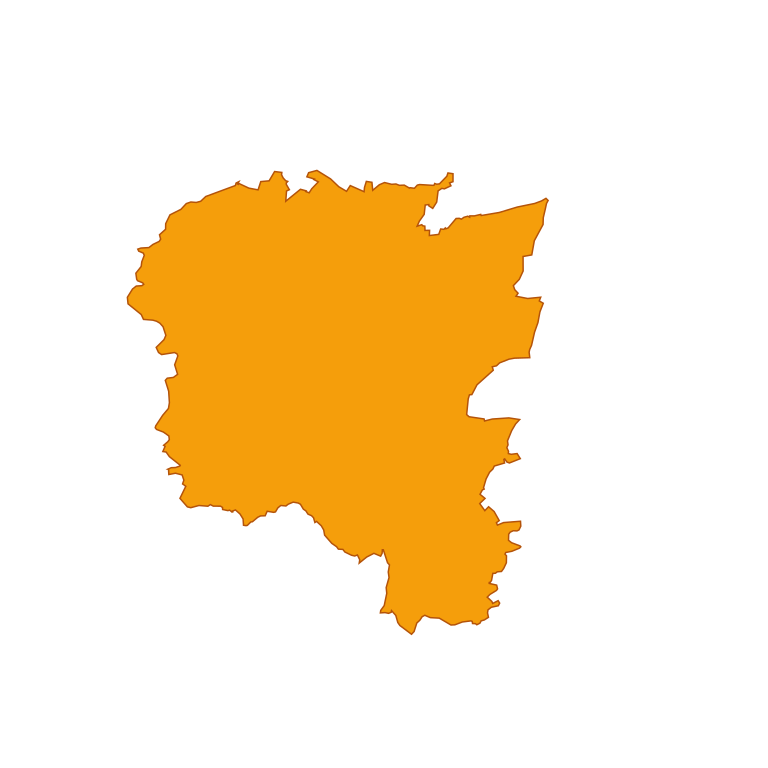 outline of Naas Lea-7, Kildare, Ireland, rotated 330°
{"feature_id": "5873133B14255448334282", "entity_name": "Naas Lea-7", "entity_type": "district", "adm_level": 2, "iso_a3": "IRL", "parent_name": "Ireland", "parent_adm1": "Kildare", "projection": "robinson", "projection_center": [-6.602, 53.206], "detail": "fine", "context": "isolated", "style": "filled", "palette": "amber", "viewbox_px": 768, "rotation_deg": 330, "n_neighbors": 0, "source": "geoboundaries", "source_scale": "gbopen_adm2", "svg_char_len": 4863}
<svg xmlns="http://www.w3.org/2000/svg" viewBox="0 0 768 768"><g transform="rotate(330 384 384)"><path d="M176.8,300.4L165.4,306.1L164.0,307.5L164.3,309.6L168.9,315.3L171.7,321.4L170.3,324.8L167.9,325.9L162.5,326.9L163.3,328.5L158.7,331.9L161.3,334.0L161.8,339.6L166.9,352.5L166.1,353.0L161.7,352.1L157.9,350.1L154.2,349.7L154.7,350.2L152.4,354.8L158.8,357.0L163.7,361.8L162.6,367.2L159.6,369.8L161.2,373.5L150.1,381.0L152.3,392.1L154.8,394.5L163.0,396.7L170.4,401.8L173.3,401.6L175.1,404.4L181.4,408.1L182.4,410.2L181.5,412.0L185.5,415.6L187.3,416.1L188.3,418.9L189.2,419.1L189.4,418.3L192.4,418.8L194.3,424.6L194.5,430.4L191.7,436.1L193.7,437.7L195.0,438.1L199.7,436.9L201.2,437.5L208.0,436.3L211.1,436.5L215.2,438.7L219.2,435.8L224.3,440.0L226.1,440.5L230.1,438.2L233.9,437.6L238.1,440.6L241.0,440.2L246.3,440.9L250.2,444.2L251.5,446.4L251.6,452.1L252.9,454.8L253.1,458.7L255.4,461.8L256.1,464.6L254.9,469.4L256.9,469.3L258.8,475.4L258.8,480.3L257.0,485.2L259.1,495.9L261.6,501.2L261.9,504.2L265.7,506.7L266.1,509.9L270.2,516.0L272.6,518.3L275.5,518.8L275.1,524.1L273.0,526.7L282.5,525.2L290.6,525.6L295.0,531.4L297.7,529.7L299.7,526.7L300.5,527.2L297.7,540.6L298.3,543.4L293.7,548.9L291.6,554.1L284.1,561.4L281.7,566.7L273.4,576.0L268.0,578.4L266.4,580.4L270.6,582.5L273.3,584.9L276.1,585.3L277.2,584.0L278.5,590.3L276.7,597.5L277.0,601.1L282.7,614.5L286.3,613.4L292.9,607.4L296.9,606.5L300.7,604.6L303.7,604.7L307.3,609.5L314.8,614.4L321.5,626.2L325.0,628.0L332.9,629.3L340.8,632.6L341.7,633.7L340.9,635.7L343.4,637.3L344.0,638.9L347.5,639.1L349.7,637.7L352.9,638.5L357.8,638.3L359.2,634.0L361.1,631.6L365.3,631.0L372.1,633.2L374.6,631.6L374.5,628.7L368.4,628.4L368.7,626.3L366.8,620.2L370.6,619.2L378.2,619.0L379.9,618.2L381.0,614.5L375.4,609.3L375.9,608.5L377.0,608.8L378.9,607.9L383.6,602.4L385.8,603.6L388.2,603.3L392.0,605.1L395.4,603.6L400.6,600.0L404.2,594.0L403.7,591.8L405.2,590.8L411.1,592.8L419.3,593.9L421.1,593.4L420.9,592.3L415.1,585.2L413.7,581.6L416.9,576.4L419.2,575.4L422.6,575.7L425.7,577.7L427.9,577.9L431.4,575.5L433.6,571.1L418.3,563.8L411.7,562.9L412.0,560.3L415.5,559.9L415.6,549.5L413.2,542.6L408.0,544.1L407.1,535.4L414.3,533.6L412.0,527.5L416.3,524.9L418.2,525.1L418.4,523.5L424.9,517.3L431.3,513.2L435.7,512.1L438.5,510.2L448.9,512.7L450.1,509.2L451.1,509.2L451.4,513.0L453.1,515.1L464.7,516.8L464.5,510.8L459.0,508.5L456.9,506.4L458.2,504.5L458.5,500.6L461.0,498.7L462.5,495.0L471.3,488.2L478.0,484.4L483.7,482.6L475.2,475.8L460.3,468.5L452.6,466.3L453.2,464.3L441.3,454.9L440.3,451.8L449.5,439.0L452.6,436.1L454.8,437.1L464.1,431.2L485.5,426.7L486.4,423.2L490.5,424.5L494.7,423.5L504.7,425.0L510.0,426.9L523.4,434.1L525.6,429.0L527.5,426.9L531.1,424.3L540.3,414.4L548.0,407.8L555.1,399.5L562.3,393.7L560.0,389.7L563.1,387.2L551.2,381.8L542.2,374.0L545.5,372.4L544.4,367.7L545.2,363.5L553.5,361.0L561.0,355.7L568.2,343.1L576.5,346.1L585.8,335.1L601.5,325.4L605.1,319.6L611.2,313.1L615.0,308.9L617.9,307.1L617.1,304.2L611.9,304.2L604.8,303.0L587.9,297.4L569.6,293.1L552.4,286.7L552.6,285.5L546.3,283.6L542.4,281.3L541.6,282.4L540.5,280.6L536.6,279.6L533.4,279.9L532.1,278.2L529.2,276.7L517.6,280.9L515.1,280.5L515.1,279.5L513.2,280.0L510.6,278.1L506.2,281.8L497.5,278.1L500.3,273.7L496.3,271.5L498.3,267.7L496.6,266.3L496.4,264.9L491.6,263.9L496.1,260.6L503.6,257.2L509.2,249.6L512.5,251.0L511.9,252.1L514.0,256.3L520.6,252.8L527.4,243.8L531.9,243.5L533.9,245.2L541.1,245.8L541.3,242.6L544.9,243.3L548.9,236.4L544.9,233.2L542.3,235.5L532.1,238.4L529.5,237.3L528.2,235.7L526.6,236.9L525.5,236.3L514.6,229.1L512.3,228.4L508.2,229.7L504.7,227.0L504.0,227.1L501.0,221.9L496.6,219.6L494.4,216.8L490.5,214.9L485.2,209.8L479.6,209.1L471.1,210.6L474.4,203.3L470.0,199.7L465.4,204.0L462.9,207.5L454.0,195.3L447.9,198.4L443.5,190.6L440.3,179.7L432.7,165.5L424.4,163.3L420.8,166.0L426.2,171.7L425.5,171.9L428.2,176.1L419.0,178.8L414.8,181.0L412.5,178.2L413.2,177.8L409.0,173.6L390.3,176.6L396.1,168.1L399.2,168.4L399.2,162.3L399.8,161.1L401.9,160.4L400.5,158.8L399.7,155.1L399.9,151.6L401.3,149.7L395.5,145.3L386.1,150.6L378.5,147.1L372.0,152.9L364.9,146.8L358.6,137.8L357.6,138.3L357.2,137.6L359.5,136.2L356.4,136.0L354.5,137.8L323.4,132.5L316.6,134.1L312.2,132.9L307.7,129.8L303.0,128.9L295.5,131.2L283.2,130.5L275.1,136.0L272.2,140.8L264.2,142.5L263.0,146.9L260.6,148.1L253.7,147.6L248.6,148.3L241.4,144.7L238.2,144.1L238.0,146.3L241.0,150.3L240.7,152.7L235.3,157.1L232.5,160.8L224.5,164.0L222.2,169.6L222.2,171.3L225.6,175.7L225.8,177.5L223.5,177.8L218.4,175.3L213.7,176.0L205.1,180.6L202.4,186.6L208.5,202.5L208.0,207.8L215.7,213.1L218.4,215.9L220.3,219.2L221.3,223.9L219.4,232.8L215.7,235.6L205.0,238.4L204.5,244.0L206.1,247.3L218.3,252.0L219.8,254.3L219.5,256.6L212.3,262.7L210.1,272.4L204.9,273.0L199.2,270.6L196.4,271.5L193.9,282.6L188.8,292.9L185.1,297.4L176.8,300.4Z" fill="#f59e0b" stroke="#b45309" stroke-width="1.5"/></g></svg>